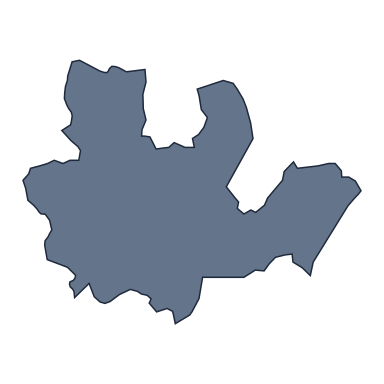 the border of Madona
{"feature_id": "LVA-1087", "entity_name": "Madona", "entity_type": "Municipality", "adm_level": 1, "iso_a3": "LVA", "parent_name": "Latvia", "parent_adm1": "", "projection": "mercator", "projection_center": [26.234, 56.844], "detail": "fine", "context": "isolated", "style": "filled", "palette": "slate", "viewbox_px": 384, "rotation_deg": 0, "n_neighbors": 0, "source": "natural_earth", "source_scale": "10m", "svg_char_len": 1795}
<svg xmlns="http://www.w3.org/2000/svg" viewBox="0 0 384 384"><path d="M361.0,190.8L358.4,194.1L354.0,198.8L348.1,205.6L313.2,262.1L310.3,275.6L302.2,267.7L293.0,262.1L292.1,254.1L285.1,254.9L275.5,257.3L269.3,263.7L264.1,270.9L255.3,270.1L243.9,277.3L202.6,277.3L199.0,298.6L192.0,311.8L189.7,315.0L175.3,323.7L173.3,314.0L172.5,311.3L167.1,308.5L156.6,311.9L149.2,303.1L151.1,298.9L147.2,295.3L141.3,294.0L137.5,291.4L130.4,289.4L119.5,294.5L110.0,301.6L104.9,303.4L100.1,302.0L94.2,296.7L89.1,283.4L74.6,297.6L74.0,291.5L72.7,289.2L70.2,286.8L69.5,283.9L70.0,281.8L73.2,280.5L75.0,278.2L75.6,275.3L67.5,267.3L47.2,259.6L44.7,245.1L45.1,240.7L48.0,237.0L49.9,233.0L51.8,229.9L49.6,220.3L45.3,214.3L40.9,213.8L39.3,212.3L36.8,208.7L33.6,205.2L27.9,200.3L25.7,188.4L23.0,180.3L28.7,173.9L30.5,168.3L39.7,165.9L47.6,163.5L54.2,160.3L63.0,163.5L70.0,160.3L78.8,160.3L80.5,150.6L77.9,146.6L71.3,140.9L61.8,130.5L70.6,124.8L71.4,121.4L72.2,115.7L71.2,112.0L68.7,108.6L66.8,104.9L64.4,98.6L64.7,92.7L65.5,86.2L67.4,80.4L67.7,76.0L72.1,61.8L79.5,60.3L100.0,71.1L104.4,72.5L107.3,72.5L108.5,70.7L109.4,68.6L111.9,66.3L115.3,66.6L118.8,67.7L126.4,71.8L145.0,69.5L146.0,82.1L142.9,94.2L143.3,108.7L146.0,120.0L142.0,129.7L141.6,136.1L144.6,136.1L149.9,136.9L156.1,149.0L161.8,148.2L168.8,147.4L174.1,142.6L185.0,147.4L194.3,147.4L192.5,138.5L198.6,134.5L203.9,127.3L207.4,117.6L201.3,109.5L199.1,95.8L197.2,89.1L223.2,80.5L233.1,83.3L237.4,89.4L243.1,99.1L246.3,107.3L250.6,122.9L253.0,138.6L226.3,186.8L235.1,198.0L238.6,202.0L237.3,208.4L243.9,214.0L250.9,210.0L255.7,212.4L264.5,205.2L267.6,198.0L282.5,180.3L284.2,171.5L293.5,161.9L297.4,168.3L318.0,165.9L328.6,163.5L335.2,163.5L341.3,170.7L341.8,177.1L348.8,177.1L355.4,181.1L361.0,190.8Z" fill="#64748b" stroke="#1e293b" stroke-width="1.5"/></svg>